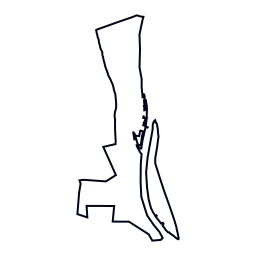 outline of Giza, Al Jizah, Egypt
{"feature_id": "37247803B55829024150134", "entity_name": "Giza", "entity_type": "district", "adm_level": 2, "iso_a3": "EGY", "parent_name": "Egypt", "parent_adm1": "Al Jizah", "projection": "equal_earth", "projection_center": [31.222, 29.999], "detail": "fine", "context": "isolated", "style": "outline", "palette": "ink", "viewbox_px": 256, "rotation_deg": 0, "n_neighbors": 0, "source": "geoboundaries", "source_scale": "gbopen_adm2", "svg_char_len": 5319}
<svg xmlns="http://www.w3.org/2000/svg" viewBox="0 0 256 256"><path d="M106.3,69.4L107.4,72.2L108.3,75.4L110.5,79.5L111.8,82.6L112.9,85.1L113.5,87.5L114.1,90.6L115.1,93.4L115.4,94.8L115.6,97.0L116.1,102.5L116.2,106.7L115.8,109.4L115.1,111.5L114.8,113.0L114.7,114.3L114.6,116.5L115.1,119.6L115.0,124.6L115.1,130.3L115.4,136.5L115.7,141.0L115.5,144.1L103.3,146.9L115.9,175.1L105.9,181.4L83.8,179.8L79.5,180.3L80.6,183.7L79.1,192.7L77.4,214.1L87.3,217.4L86.6,205.9L114.2,206.0L112.7,221.6L129.0,221.7L148.7,234.3L152.3,240.6L160.7,239.9L162.7,238.0L159.4,231.9L153.6,224.8L147.2,215.5L145.2,209.4L141.3,196.8L140.6,181.8L140.8,163.5L141.6,154.1L140.2,152.4L137.2,146.9L136.3,144.4L136.7,145.0L137.3,145.7L138.2,146.7L138.9,147.3L140.3,148.3L140.8,148.7L141.0,148.7L141.3,148.4L141.4,147.9L141.8,145.1L142.2,142.2L142.5,140.5L143.1,137.6L143.1,137.2L143.0,136.9L142.8,136.8L142.5,136.7L142.0,136.7L142.0,136.8L141.9,136.8L141.6,139.5L141.1,143.0L140.8,144.5L140.6,144.8L140.2,145.1L139.9,145.2L139.2,145.2L138.6,144.9L138.0,144.4L137.6,143.7L137.2,142.6L136.3,139.4L135.7,137.2L135.6,136.9L135.4,136.6L135.1,136.6L134.6,136.7L134.3,136.9L134.2,137.0L134.1,137.7L134.2,138.1L134.3,138.5L134.6,139.5L134.7,140.2L134.3,139.2L133.1,131.7L133.5,132.3L133.6,132.8L133.7,133.0L133.7,133.5L133.7,134.0L133.8,134.3L133.9,134.6L134.0,134.6L134.0,133.9L134.1,133.7L134.3,133.6L134.5,133.6L134.7,133.9L134.9,134.3L134.9,134.5L134.9,134.8L134.8,135.0L134.7,135.1L134.2,135.5L134.1,135.8L134.2,136.0L134.3,136.1L134.6,136.2L135.6,135.9L136.4,135.8L137.7,135.9L138.9,136.1L139.1,136.1L139.2,135.9L139.3,135.3L140.1,131.2L140.2,130.8L140.4,130.6L144.4,131.6L144.5,131.5L144.7,130.6L144.9,130.3L145.3,128.3L145.4,127.4L146.0,127.3L146.5,127.3L146.8,127.5L147.0,127.5L147.4,127.6L147.7,127.4L147.8,127.3L147.8,127.2L147.7,127.1L147.3,127.5L147.2,127.5L147.1,127.4L146.9,127.4L146.7,127.3L146.7,127.2L146.0,126.7L145.6,126.6L145.5,126.3L145.6,126.1L145.7,125.9L145.9,124.9L146.1,123.6L146.3,121.7L146.6,118.8L146.5,119.0L146.3,119.4L146.2,119.5L145.9,119.6L145.6,119.8L145.5,120.0L145.4,120.2L145.3,120.5L145.3,121.1L145.2,122.2L145.2,122.4L145.0,122.8L144.9,123.1L144.8,124.8L144.8,125.6L144.7,125.7L144.6,125.8L143.6,125.4L143.3,125.2L143.7,124.9L143.8,124.8L143.9,124.6L144.0,124.2L143.9,123.6L143.8,123.3L143.6,123.1L143.6,122.9L143.8,122.5L144.1,122.1L144.5,121.7L144.8,121.2L144.8,120.7L144.9,120.3L145.1,119.9L145.3,119.6L145.5,119.5L145.8,119.3L146.2,118.8L146.6,118.4L145.3,118.2L144.4,118.0L143.3,117.9L143.1,117.8L143.1,117.6L143.4,117.2L143.4,116.7L143.5,116.6L143.6,116.4L143.8,116.5L143.8,116.8L143.7,117.1L143.7,117.3L143.7,117.5L143.8,117.7L144.9,117.8L146.0,118.1L146.6,118.2L146.6,117.9L146.7,116.2L146.9,110.8L147.0,109.1L146.9,107.6L146.8,106.5L146.3,103.3L146.0,101.4L145.8,100.0L145.7,99.9L145.5,100.0L145.4,100.1L145.4,100.3L145.3,100.5L145.3,101.5L145.3,102.8L145.4,105.2L145.4,105.6L145.2,106.4L145.0,107.4L145.0,107.8L145.0,109.6L145.0,110.1L144.9,110.2L144.8,110.3L144.7,110.3L144.3,110.3L144.2,110.3L144.2,110.2L144.2,109.8L144.4,108.2L144.2,107.9L144.2,107.7L144.2,107.1L144.2,106.9L143.9,106.3L143.8,105.9L143.9,105.7L144.0,105.5L144.3,105.4L144.5,105.3L144.6,105.2L144.4,104.1L144.2,103.2L144.1,102.2L144.0,101.5L144.1,101.0L144.0,100.1L144.1,99.9L144.4,99.7L144.5,99.5L144.7,97.1L144.7,96.8L144.6,96.4L144.6,95.9L144.5,95.6L144.4,95.3L144.3,95.0L143.9,94.3L143.8,94.2L143.7,94.2L143.5,94.3L143.4,94.4L143.3,94.6L143.1,95.5L142.8,97.3L142.7,98.3L141.6,86.7L141.7,79.3L139.5,67.4L140.0,49.6L139.5,34.5L142.3,20.9L143.4,16.8L141.1,16.6L137.0,15.4L135.7,15.7L133.4,16.7L131.2,17.5L116.3,22.6L108.6,25.4L99.6,28.6L96.2,29.9L96.4,31.4L96.6,32.7L96.9,33.7L97.3,35.1L97.6,37.0L98.4,38.8L98.6,39.8L98.9,41.6L99.1,43.1L99.6,44.5L99.9,45.8L100.1,47.0L100.4,48.2L100.8,49.1L101.3,50.1L101.8,51.1L102.3,52.3L102.3,54.7L103.1,57.3L103.5,59.6L104.4,62.8L105.2,66.4L106.3,69.4ZM152.8,124.4L152.6,129.7L147.6,157.3L146.1,172.4L147.1,188.0L148.7,199.6L150.9,207.8L151.6,209.4L152.5,211.1L152.9,212.1L153.4,212.8L154.2,214.1L154.5,214.6L154.8,215.0L155.4,215.7L155.6,215.8L156.3,215.4L156.5,215.3L156.7,215.6L156.7,215.8L156.6,216.0L156.3,216.3L156.2,216.8L155.9,216.9L161.1,223.5L162.1,222.9L162.4,222.8L162.6,222.8L162.8,222.8L163.0,223.0L163.2,223.3L163.4,223.6L163.5,223.7L163.5,223.9L163.5,224.0L163.3,224.2L162.9,224.9L162.6,225.2L162.6,225.4L162.6,225.6L162.7,225.9L162.8,226.1L163.0,226.3L163.9,227.2L164.2,227.5L164.4,227.9L165.0,228.9L165.4,229.5L166.0,230.2L166.5,230.8L167.3,231.6L168.1,232.3L168.3,232.4L168.7,232.3L168.9,232.3L169.2,232.4L169.5,232.5L169.9,233.2L170.0,233.4L170.6,233.8L171.5,234.4L172.2,234.9L172.8,235.2L175.7,237.7L176.4,238.2L176.7,238.5L178.2,239.2L178.3,239.2L178.5,239.2L178.6,238.9L178.6,238.5L178.6,238.0L178.6,237.9L177.7,233.3L176.8,229.5L176.4,227.3L176.2,226.5L174.1,219.4L169.7,206.5L165.8,195.7L164.2,191.2L159.6,177.2L155.3,163.6L155.2,158.7L155.7,155.5L156.5,150.6L157.3,146.0L157.4,144.9L157.6,143.2L158.2,138.7L158.5,136.8L157.9,131.7L157.9,131.4L157.8,129.1L157.6,128.2L157.3,126.5L157.0,124.8L156.8,124.0L156.7,123.7L156.4,123.1L156.1,122.9L155.7,122.6L155.6,122.4L155.8,122.2L155.1,120.2L153.8,121.6L152.8,124.4ZM144.4,131.9L143.1,131.7L143.0,131.8L142.1,136.3L143.2,136.6L143.4,136.5L143.5,136.3L144.4,132.0L144.4,131.9Z" fill="none" stroke="#020617" stroke-width="2"/></svg>